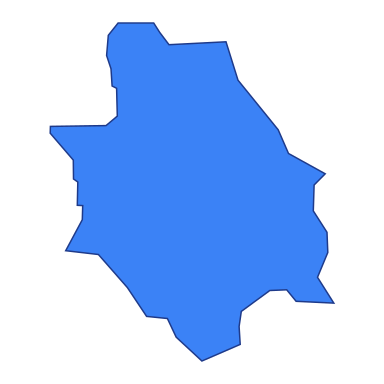 Skrapar, Berat, Albania (Mercator projection)
{"feature_id": "67620474B62055143354216", "entity_name": "Skrapar", "entity_type": "district", "adm_level": 2, "iso_a3": "ALB", "parent_name": "Albania", "parent_adm1": "Berat", "projection": "mercator", "projection_center": [20.254, 40.545], "detail": "fine", "context": "isolated", "style": "filled", "palette": "blue", "viewbox_px": 384, "rotation_deg": 0, "n_neighbors": 0, "source": "geoboundaries", "source_scale": "gbopen_adm2", "svg_char_len": 638}
<svg xmlns="http://www.w3.org/2000/svg" viewBox="0 0 384 384"><path d="M65.7,250.7L98.4,254.5L127.4,287.6L146.6,316.4L167.4,318.5L176.2,337.2L201.9,361.0L240.2,344.4L239.1,326.5L241.3,311.4L269.8,290.5L286.7,289.8L296.1,301.3L333.8,303.1L317.5,277.3L327.8,252.5L327.0,232.3L313.3,210.9L314.1,185.0L325.2,173.8L288.5,153.5L278.2,129.8L238.0,80.2L226.0,41.8L169.0,44.7L159.7,32.4L153.7,23.0L118.1,23.0L108.3,35.3L106.6,55.5L111.0,68.8L112.1,86.0L116.6,88.3L117.3,116.1L106.0,125.6L50.4,126.4L50.2,133.2L73.3,160.1L73.5,179.0L77.8,182.0L77.3,205.3L82.7,205.6L82.3,219.7L65.7,250.7Z" fill="#3b82f6" stroke="#1e3a8a" stroke-width="1.5"/></svg>